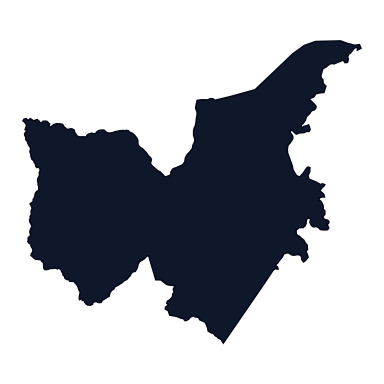 Talismã, Tocantins, Brazil
{"feature_id": "56859067B11733116520927", "entity_name": "Talismã", "entity_type": "district", "adm_level": 2, "iso_a3": "BRA", "parent_name": "Brazil", "parent_adm1": "Tocantins", "projection": "orthographic", "projection_center": [-49.065, -12.67], "detail": "fine", "context": "isolated", "style": "filled", "palette": "ink", "viewbox_px": 384, "rotation_deg": 0, "n_neighbors": 0, "source": "geoboundaries", "source_scale": "gbopen_adm2", "svg_char_len": 5916}
<svg xmlns="http://www.w3.org/2000/svg" viewBox="0 0 384 384"><path d="M37.1,119.5L35.5,120.1L33.9,121.0L30.2,118.6L29.2,119.8L27.4,120.1L26.3,118.6L24.2,119.0L23.0,120.8L24.5,122.1L25.9,123.8L26.5,125.9L25.1,129.6L26.6,130.4L26.1,131.9L24.6,133.6L24.9,135.7L25.9,137.4L25.7,139.5L27.4,141.5L27.9,143.4L29.1,145.8L30.5,147.6L30.5,149.4L29.9,151.7L30.8,154.1L31.0,156.5L31.9,159.2L33.9,160.8L34.2,162.4L35.6,164.1L35.6,166.0L36.8,167.5L38.5,167.1L40.0,168.8L40.1,171.3L39.2,172.6L39.6,174.8L38.7,177.0L37.7,179.0L37.6,180.9L38.1,182.8L38.2,184.9L38.8,187.2L38.6,189.1L38.9,191.2L37.4,190.9L36.1,192.2L35.3,193.6L35.0,195.4L34.2,198.0L33.2,199.4L33.3,201.3L32.1,202.3L30.1,203.9L31.3,206.0L32.2,208.3L31.4,210.1L31.1,211.7L31.3,213.5L31.2,215.1L30.1,216.2L30.3,218.2L29.5,220.1L29.9,221.9L30.7,223.5L31.6,225.1L31.7,227.0L30.6,229.2L29.8,231.4L30.1,233.2L30.7,235.1L29.8,236.4L28.1,237.8L28.3,239.9L27.8,241.5L29.2,243.3L31.1,244.1L30.9,245.9L31.6,247.2L32.9,249.0L32.8,251.9L31.4,253.7L31.1,255.5L32.5,256.7L34.2,258.3L35.8,259.3L37.3,259.2L39.3,259.6L40.9,259.7L41.6,261.2L43.4,262.5L43.7,264.6L43.7,266.3L43.8,268.2L44.8,269.5L47.0,269.6L48.8,269.0L50.3,268.5L52.5,268.4L55.6,268.1L57.4,268.9L58.7,268.0L60.3,269.0L61.2,270.2L61.8,271.8L62.8,273.3L63.1,275.2L64.7,276.4L64.8,278.0L66.5,279.4L68.7,279.7L70.0,281.4L72.2,281.3L74.3,281.6L75.3,283.1L77.5,285.8L78.3,287.7L79.1,290.4L80.2,292.0L79.8,294.4L79.2,297.3L79.5,299.6L82.0,298.6L82.3,300.4L83.9,300.2L84.7,302.2L86.2,304.0L87.7,305.0L90.4,305.2L92.5,304.3L93.1,302.2L96.1,301.4L97.8,302.3L99.3,302.6L101.2,302.3L102.4,300.2L104.9,298.8L107.4,297.0L109.1,296.3L109.7,293.4L111.3,290.6L113.8,289.0L114.8,286.9L117.8,285.4L120.2,283.8L121.8,282.9L123.9,280.8L125.8,280.0L127.3,278.9L128.8,277.0L130.2,275.6L131.1,273.7L132.5,272.0L135.3,271.3L136.7,269.0L137.6,266.8L137.9,264.7L139.6,261.6L144.3,258.8L146.3,256.5L148.6,255.5L155.8,279.8L157.3,279.8L159.0,279.8L160.8,279.9L166.3,284.2L167.8,284.8L169.2,285.1L173.2,285.4L175.5,285.7L174.4,286.9L173.3,289.3L174.2,292.5L172.7,293.9L172.6,296.0L172.0,297.6L169.7,299.9L167.4,301.2L166.7,303.3L168.6,304.8L165.5,307.1L165.3,309.2L168.1,310.4L169.8,315.2L172.8,315.7L175.9,316.2L179.0,317.3L181.0,318.2L183.5,318.6L184.8,320.6L186.4,320.5L188.6,319.2L190.1,317.3L193.1,315.9L195.1,316.8L198.5,317.4L199.8,319.8L202.2,320.8L205.0,322.1L206.6,325.1L207.8,328.4L208.1,330.9L211.2,332.9L213.3,333.3L215.3,335.8L216.7,336.4L218.4,338.2L220.9,339.3L223.3,343.1L260.9,288.4L265.1,282.2L272.9,270.5L274.9,268.8L278.1,269.0L277.4,266.9L276.1,266.1L275.8,264.6L277.7,263.0L279.7,260.1L280.9,258.7L282.2,257.1L283.8,254.0L286.3,252.9L288.5,252.9L291.8,254.9L293.3,255.2L294.8,255.1L296.8,254.6L299.5,254.8L301.4,256.2L301.9,259.7L303.5,261.9L305.6,260.4L308.1,257.0L307.5,255.1L305.9,251.1L307.5,249.6L307.2,246.7L307.2,245.1L305.2,242.8L303.9,240.3L301.6,238.4L299.5,236.4L297.4,235.4L296.3,234.0L296.1,231.4L296.1,229.7L297.5,229.2L298.7,227.7L301.0,227.6L303.1,227.6L304.9,226.0L306.1,223.5L306.2,220.7L307.4,218.1L309.6,218.2L310.5,219.6L309.9,222.3L311.3,225.1L312.5,226.5L314.1,226.9L315.8,226.5L317.5,226.9L319.0,228.0L320.1,229.3L322.2,229.8L325.0,229.9L327.6,229.7L328.8,227.8L327.1,224.6L328.6,223.3L328.9,221.5L327.6,220.2L325.5,219.8L323.6,218.7L323.1,216.3L324.9,214.2L324.8,210.8L323.1,209.1L323.3,207.0L322.9,204.9L321.6,202.3L320.6,201.0L318.9,200.0L319.4,198.0L321.8,196.9L324.4,197.0L323.9,194.5L321.9,192.4L319.6,190.9L322.4,187.4L323.9,186.2L324.8,184.6L322.4,183.8L320.6,184.6L316.9,182.5L312.8,180.7L309.3,179.4L308.2,177.0L308.0,175.3L309.0,173.5L309.8,171.3L309.9,167.7L308.2,167.0L306.9,167.7L303.2,173.1L300.7,175.9L299.8,177.1L296.5,175.7L292.9,169.8L292.3,165.9L289.7,158.7L287.6,153.1L287.3,150.7L287.6,146.8L288.2,144.9L289.7,143.4L291.8,140.3L292.6,139.0L292.9,137.0L292.2,135.3L290.1,132.3L290.6,130.7L292.0,130.0L294.4,132.5L296.3,134.1L299.5,132.9L304.0,132.6L306.8,131.3L309.0,131.5L310.1,129.5L309.4,127.0L308.6,124.9L306.2,125.9L304.0,126.3L301.7,128.0L301.2,125.1L303.5,123.0L305.6,119.7L306.2,117.0L309.9,113.2L311.4,110.8L314.1,109.9L315.7,108.3L316.1,106.6L315.0,104.9L312.4,102.3L309.0,98.9L313.8,96.9L314.8,95.5L315.6,93.8L320.8,92.7L323.9,92.5L325.9,86.0L323.9,84.4L323.1,82.9L322.8,79.4L321.3,78.3L320.9,75.5L322.8,68.9L326.4,66.7L329.2,64.4L331.7,63.4L333.8,63.9L340.5,61.3L342.5,60.3L344.1,61.0L344.9,62.6L347.5,62.4L348.3,59.3L347.6,56.4L349.1,53.9L350.7,52.8L353.7,48.9L355.0,47.8L357.5,47.2L357.4,50.1L361.0,48.3L359.4,44.6L354.7,45.3L351.7,44.4L347.6,43.5L340.6,40.9L315.4,41.5L304.3,45.5L292.7,53.9L255.0,89.8L230.2,96.6L214.9,100.3L212.9,98.8L210.4,98.7L207.8,99.8L205.8,99.9L203.2,99.7L199.7,100.0L197.2,100.4L195.9,106.1L195.6,108.2L196.9,111.5L197.2,113.4L196.9,115.7L196.4,118.4L196.2,121.0L195.9,122.8L195.5,125.6L194.4,127.4L193.6,130.6L193.6,135.2L194.7,138.9L194.9,141.1L193.7,143.6L192.8,145.7L192.4,148.6L190.8,150.6L189.3,152.5L187.0,154.7L185.4,157.8L184.9,161.4L183.7,163.5L182.3,165.0L179.7,166.2L175.7,167.9L174.2,168.3L172.7,169.1L170.8,172.2L170.9,174.1L169.7,175.5L165.0,177.0L160.1,171.8L157.7,170.8L155.0,168.3L152.6,166.3L151.5,165.2L150.4,163.4L150.9,161.5L151.4,159.3L150.3,157.5L148.4,155.8L146.3,152.7L144.2,150.6L142.7,148.8L141.1,148.0L139.3,146.4L138.1,144.8L137.9,143.2L137.8,140.3L137.2,138.7L136.0,137.0L134.2,134.8L131.9,133.0L130.1,132.5L128.5,130.9L126.5,130.3L125.1,130.8L123.5,130.5L119.6,130.7L117.6,131.3L114.8,131.8L113.0,132.6L109.5,133.1L107.4,132.9L106.0,131.9L103.9,130.1L101.7,130.1L99.5,130.3L97.4,131.3L95.7,133.4L93.9,133.8L91.9,133.2L89.3,133.8L87.2,135.1L86.1,137.0L82.7,136.8L81.1,136.9L79.3,136.9L77.2,136.1L76.2,134.6L74.9,132.8L74.1,130.0L71.9,128.8L70.2,128.8L68.0,129.6L66.3,128.8L64.0,126.8L62.6,124.5L60.3,123.9L56.7,123.7L53.6,124.6L50.4,127.4L49.0,125.8L49.6,123.9L48.3,122.9L47.4,121.6L45.4,121.1L43.1,121.3L41.7,122.8L40.1,122.8L39.2,121.3L37.1,119.5Z" fill="#0f172a" stroke="#020617" stroke-width="1.5"/></svg>